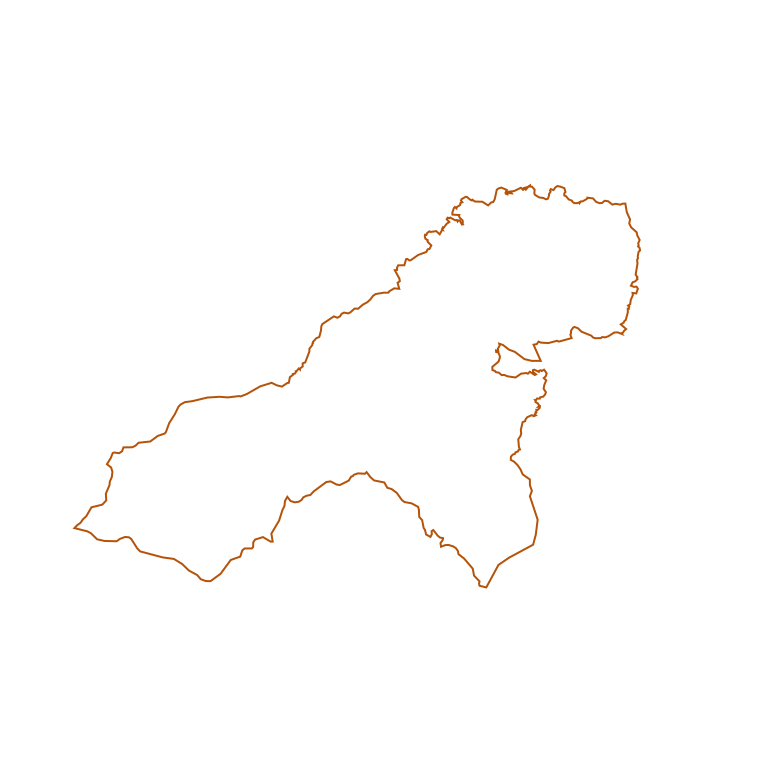 Lapus, Maramures, Romania, rotated 208°
{"feature_id": "2599482B74882735092857", "entity_name": "Lapus", "entity_type": "district", "adm_level": 2, "iso_a3": "ROU", "parent_name": "Romania", "parent_adm1": "Maramures", "projection": "equal_earth", "projection_center": [24.024, 47.535], "detail": "fine", "context": "isolated", "style": "outline", "palette": "amber", "viewbox_px": 768, "rotation_deg": 208, "n_neighbors": 0, "source": "geoboundaries", "source_scale": "gbopen_adm2", "svg_char_len": 6166}
<svg xmlns="http://www.w3.org/2000/svg" viewBox="0 0 768 768"><g transform="rotate(208 384 384)"><path d="M399.8,587.6L402.3,583.6L402.2,582.1L400.2,581.3L401.5,579.6L400.8,577.8L402.9,574.2L402.5,573.1L404.5,573.6L404.9,572.2L404.1,567.3L403.1,565.7L396.9,568.5L396.9,567.7L395.3,566.4L391.4,565.3L390.4,564.0L390.7,563.2L389.2,562.1L389.9,561.4L394.0,563.9L395.0,563.4L395.3,562.0L396.6,563.0L398.0,562.0L403.7,562.0L404.1,561.1L405.9,560.7L406.0,558.9L402.4,557.7L403.9,554.8L404.7,549.8L405.5,550.0L405.5,548.1L404.5,547.5L405.0,547.4L405.1,542.3L409.6,543.5L414.3,540.1L415.6,540.1L416.7,537.8L416.6,535.5L417.8,535.1L417.2,533.3L415.6,531.7L412.9,531.5L412.8,530.6L411.6,529.8L407.3,528.6L407.2,524.6L408.7,523.4L408.6,520.5L414.4,514.0L418.5,505.8L419.6,505.0L422.1,505.4L423.1,504.6L421.8,498.4L427.2,495.4L427.1,492.7L426.0,490.9L427.9,489.5L420.0,484.4L418.3,482.2L419.5,479.7L415.2,475.2L419.8,473.3L422.8,468.5L423.0,466.7L427.0,464.6L433.6,459.5L435.1,456.6L435.7,452.4L437.1,448.4L439.9,444.2L442.2,438.3L445.4,436.8L447.3,431.5L448.8,429.5L452.8,428.3L454.4,426.0L454.6,423.1L456.3,420.6L460.0,420.2L466.6,407.9L466.4,405.5L464.7,401.5L463.2,395.1L465.2,392.8L466.5,387.8L465.8,386.9L466.2,386.2L465.6,384.9L466.4,380.1L465.1,377.5L463.7,366.1L465.5,364.0L464.0,361.3L465.5,358.2L465.0,357.3L466.6,357.6L467.2,354.3L467.9,353.8L467.4,353.1L467.6,351.3L469.2,350.0L468.7,349.3L470.3,345.9L468.6,340.4L469.9,339.4L472.9,333.8L478.0,332.5L483.8,332.3L492.2,323.8L500.5,310.6L504.9,305.6L506.3,305.3L515.5,298.9L523.4,295.4L533.6,289.1L545.4,278.7L551.3,274.5L554.0,270.4L554.8,267.5L554.5,259.0L555.3,248.6L554.0,239.3L554.3,237.4L559.4,231.9L563.4,223.5L573.1,216.9L574.5,212.8L576.5,210.0L584.3,205.7L583.7,201.7L585.3,198.6L590.1,196.8L591.1,195.7L590.5,190.3L591.0,183.1L585.8,182.2L582.5,178.9L580.6,173.9L580.3,169.2L578.9,165.8L578.1,156.6L574.6,150.8L576.1,145.2L584.4,137.8L584.8,127.4L586.3,123.2L586.8,118.9L588.5,115.6L589.7,111.4L577.0,114.6L572.9,114.7L564.4,112.2L557.1,114.2L546.3,119.6L544.4,123.3L540.8,127.4L537.2,128.9L534.4,128.5L524.7,123.0L520.8,121.7L498.0,127.0L487.4,130.9L477.6,130.3L468.7,127.7L459.2,127.6L454.2,125.6L448.7,126.4L444.6,128.5L439.2,139.7L436.7,156.7L429.9,164.1L431.0,170.6L429.9,173.3L423.5,176.7L423.0,178.6L425.1,182.8L424.8,186.1L419.0,192.0L410.1,191.6L408.3,192.6L413.2,199.0L412.5,214.1L414.5,225.2L414.6,229.5L416.5,234.2L416.4,239.0L411.5,236.8L407.1,237.7L404.0,240.0L402.3,243.1L402.1,245.9L400.1,248.8L396.9,251.5L395.7,256.1L388.9,270.4L385.5,272.9L378.7,273.0L375.6,274.0L369.8,282.1L369.5,286.9L368.4,287.9L368.0,289.7L365.0,292.9L358.7,295.8L358.0,298.0L352.3,295.4L347.5,294.2L337.5,297.2L332.3,293.9L328.1,294.8L321.7,293.9L313.6,289.9L310.5,289.4L303.5,291.6L296.2,291.5L294.1,289.3L290.5,283.2L286.4,281.7L281.5,275.6L279.2,274.3L276.2,270.9L271.2,270.8L271.3,274.0L272.9,276.4L271.9,278.2L265.4,275.3L262.4,274.7L259.5,275.6L258.9,273.9L259.4,270.0L257.2,267.1L254.3,270.5L251.4,272.2L246.6,273.1L243.4,272.8L240.4,271.3L238.3,268.7L231.3,267.5L218.9,262.6L214.6,257.1L207.0,254.6L206.4,252.4L204.9,250.7L198.2,252.4L198.0,278.0L191.9,289.6L176.9,312.1L179.2,322.1L184.6,336.3L202.5,353.4L203.2,359.0L207.6,363.1L210.4,368.2L219.1,369.3L223.4,372.7L228.3,375.2L232.8,376.5L236.4,376.5L237.3,378.2L237.8,379.5L237.2,382.1L235.6,383.7L235.8,385.5L234.1,387.2L234.2,389.0L233.2,390.0L235.4,391.9L239.5,398.2L239.1,402.3L239.6,404.7L241.6,407.6L243.7,415.4L242.0,417.4L242.4,419.4L241.9,422.0L239.0,425.8L236.6,425.9L235.2,427.7L236.7,428.0L236.1,430.2L237.0,430.4L236.7,431.9L237.3,432.7L236.2,433.2L235.3,436.1L235.9,437.5L237.0,436.6L236.7,437.7L239.0,439.1L242.4,439.2L241.8,439.5L242.1,440.1L243.1,440.7L242.2,441.2L242.1,443.0L239.6,444.2L239.9,445.4L237.5,447.6L236.8,450.4L237.2,452.8L240.8,454.7L242.0,458.3L242.5,463.4L245.7,464.2L244.8,466.9L245.4,469.8L249.4,471.8L250.8,469.5L252.2,469.7L253.4,468.1L253.1,467.4L258.1,467.2L259.0,466.2L258.1,464.6L254.3,463.9L255.1,462.7L261.0,463.3L261.8,460.6L263.5,460.5L267.8,457.5L270.9,451.5L278.5,448.8L282.3,448.4L284.2,447.1L287.9,447.9L290.7,447.0L292.3,447.6L294.8,447.2L296.4,450.0L293.4,457.5L293.9,460.9L294.7,462.9L297.8,465.5L300.0,464.9L300.9,466.3L298.8,467.0L300.0,468.6L299.9,472.1L301.2,473.7L297.2,474.3L289.9,473.0L283.6,473.8L271.7,471.9L264.4,473.8L256.5,478.0L270.4,488.9L267.9,490.9L267.4,494.0L264.9,494.2L258.1,497.3L251.5,503.4L249.7,503.5L248.6,504.4L239.9,512.6L242.6,515.0L242.7,516.6L243.9,518.9L243.5,522.5L242.6,523.8L239.0,524.3L234.2,522.9L223.7,524.0L221.2,523.2L219.2,523.5L214.1,526.3L213.4,527.9L210.6,529.0L208.3,531.5L204.9,537.5L201.9,539.3L197.2,539.9L198.1,540.4L197.1,541.6L197.0,543.6L196.0,546.2L202.9,547.8L201.2,550.7L201.3,552.5L200.6,554.0L202.3,561.6L204.1,564.9L203.2,565.2L203.8,567.5L205.3,567.8L204.1,570.0L205.6,574.1L206.0,579.3L207.3,581.1L203.8,582.4L204.6,587.4L206.8,588.5L208.9,587.1L212.1,586.7L212.2,590.6L210.5,592.4L209.4,595.6L210.5,596.4L210.4,597.4L213.1,598.6L216.7,609.3L218.8,612.4L218.8,614.4L219.9,615.8L221.3,620.4L220.6,622.1L222.3,624.2L224.3,624.8L224.3,626.1L225.6,627.5L225.9,631.2L230.0,634.0L232.2,636.6L239.2,638.3L242.8,640.8L244.0,644.8L250.3,649.7L255.6,656.6L258.3,655.0L259.5,653.3L264.0,651.9L266.6,649.6L271.8,650.6L275.2,649.4L276.5,646.2L278.7,644.8L282.2,644.4L286.6,646.0L291.8,644.0L291.4,643.5L292.7,641.1L294.5,638.4L295.9,637.7L296.2,635.6L296.8,636.2L298.1,634.5L300.7,633.1L303.1,633.3L304.1,634.1L307.6,633.7L311.5,635.3L313.3,635.1L314.3,636.9L313.9,638.7L316.7,641.6L320.7,641.1L323.8,640.2L325.0,638.0L325.4,634.8L328.3,634.3L328.2,632.7L327.2,632.0L327.5,629.1L326.8,628.2L326.3,624.5L327.7,623.1L330.5,623.1L334.5,621.6L339.5,621.9L340.7,622.8L342.3,626.4L346.0,627.7L347.7,626.9L348.3,627.9L349.7,625.3L352.6,622.6L352.2,622.2L349.5,624.5L350.0,622.2L351.3,622.7L352.4,620.7L355.3,621.5L359.7,615.4L362.7,613.4L360.7,612.3L363.4,611.2L364.2,612.2L365.1,611.9L364.0,609.4L365.9,609.2L366.5,609.9L366.7,613.0L372.6,612.5L374.9,610.2L375.6,608.4L373.0,599.2L373.0,596.0L374.5,594.8L375.9,590.6L382.7,591.1L389.4,587.8L392.4,588.2L392.6,587.3L394.5,587.2L398.7,588.1L399.8,587.6Z" fill="none" stroke="#b45309" stroke-width="2"/></g></svg>